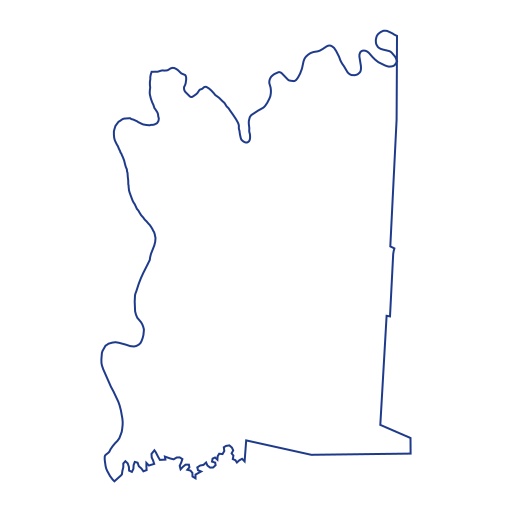 outline of Iguazú, Misiones, Argentina
{"feature_id": "61730980B21961764082426", "entity_name": "Iguazú", "entity_type": "district", "adm_level": 2, "iso_a3": "ARG", "parent_name": "Argentina", "parent_adm1": "Misiones", "projection": "natural_earth1", "projection_center": [-54.463, -25.856], "detail": "fine", "context": "isolated", "style": "outline", "palette": "blue", "viewbox_px": 512, "rotation_deg": 0, "n_neighbors": 0, "source": "geoboundaries", "source_scale": "gbopen_adm2", "svg_char_len": 5932}
<svg xmlns="http://www.w3.org/2000/svg" viewBox="0 0 512 512"><path d="M410.6,453.6L410.5,438.0L380.3,424.9L386.6,315.8L390.0,316.4L393.2,253.9L393.7,251.0L394.4,248.4L390.3,246.4L396.6,119.6L396.9,62.0L397.1,61.5L396.9,59.9L397.0,35.9L394.4,34.7L392.6,33.5L391.0,32.7L387.3,31.0L386.3,30.8L384.3,30.7L383.3,30.8L381.8,31.5L380.6,32.1L379.3,33.1L378.2,34.0L377.7,34.6L376.8,36.0L376.4,37.2L375.9,39.4L375.8,40.8L376.0,43.1L376.4,44.5L377.9,47.0L378.6,47.6L379.8,48.4L380.8,48.9L383.1,49.6L388.9,51.0L390.0,51.4L391.3,52.3L391.9,52.9L394.6,56.1L395.6,57.5L396.2,59.0L396.5,60.0L396.6,60.6L396.6,61.5L396.4,62.4L395.9,63.5L394.3,65.4L393.2,66.0L391.8,66.4L389.5,66.6L388.6,66.6L386.8,66.1L384.9,65.4L378.6,62.3L377.6,61.6L375.0,59.5L372.4,56.9L369.1,53.1L368.2,52.3L366.6,51.2L365.1,50.7L364.1,50.6L363.0,50.6L361.8,51.0L360.9,51.6L360.2,52.4L359.5,54.3L359.4,55.7L359.4,56.6L360.9,66.0L361.0,68.1L360.9,69.2L360.7,70.6L360.3,71.7L359.7,72.5L358.2,73.9L357.2,74.5L355.7,75.0L354.4,75.2L352.4,75.1L351.3,75.0L350.5,74.6L349.7,74.2L348.4,73.2L347.3,71.9L344.0,66.3L342.3,63.9L341.3,62.2L340.4,60.4L339.0,56.6L336.2,51.1L334.0,47.8L331.8,46.2L331.5,46.0L329.9,45.5L329.3,45.5L327.9,45.8L326.6,46.4L322.7,49.0L319.9,50.6L317.9,51.3L313.6,52.0L311.2,52.8L310.0,53.4L308.1,54.7L306.0,56.6L305.1,57.8L304.6,58.6L304.2,59.5L303.5,61.5L302.0,68.5L300.1,73.6L298.0,77.5L296.9,79.0L296.1,80.0L294.9,80.8L294.5,81.0L293.6,81.1L290.4,80.7L288.8,80.3L288.0,79.7L284.9,76.5L281.9,73.4L281.0,72.7L279.8,72.2L279.0,72.1L278.0,72.4L274.5,74.0L273.3,74.8L271.8,76.1L271.1,76.8L270.4,78.0L269.8,79.3L269.5,80.3L269.3,81.7L269.3,83.1L270.6,87.6L270.9,90.2L270.9,92.2L270.7,94.2L270.3,96.3L269.4,98.6L267.2,102.9L265.2,105.8L264.1,107.0L263.1,107.8L258.1,110.6L251.4,115.0L250.6,115.9L249.8,117.2L249.6,117.8L249.1,119.9L248.8,121.3L248.8,123.8L249.3,128.0L249.2,131.0L249.4,132.4L249.9,134.1L250.0,135.0L250.1,137.4L249.9,139.1L249.7,139.9L249.0,141.3L247.8,142.2L247.0,142.5L246.1,142.5L245.3,142.4L244.3,142.0L242.9,141.1L241.7,140.0L241.3,139.5L240.8,138.2L240.0,134.7L239.7,132.8L239.5,130.9L239.3,130.3L238.9,128.7L238.8,127.7L238.9,126.0L238.6,124.4L238.0,122.8L236.0,119.2L233.0,114.7L229.8,110.2L229.0,108.9L228.3,108.0L226.6,106.4L224.6,103.1L224.1,102.6L222.4,101.1L219.1,97.8L215.2,95.0L213.8,93.2L211.3,90.5L209.0,88.5L206.7,87.1L206.0,86.8L204.8,86.9L204.2,87.1L202.2,88.8L201.6,89.1L200.2,89.5L199.6,89.9L199.1,90.5L198.1,92.0L197.2,93.3L195.8,94.5L193.2,96.3L192.2,96.9L191.7,97.0L190.6,96.9L189.8,96.4L185.2,91.8L184.4,90.4L184.1,89.2L184.0,88.2L184.1,87.0L185.2,84.8L185.4,84.1L185.7,83.1L186.2,79.3L186.1,77.2L185.6,75.6L185.1,75.0L184.6,74.8L181.3,73.4L177.9,70.1L176.1,68.9L174.2,68.0L172.9,67.9L172.3,67.9L170.6,68.4L167.9,70.1L166.9,70.4L164.4,70.6L162.7,70.4L160.9,70.7L157.8,71.7L151.6,71.8L150.7,74.8L150.3,76.9L150.3,79.2L149.9,81.9L149.9,85.1L150.2,87.7L149.9,89.7L149.7,93.0L150.0,95.2L150.4,96.6L150.7,98.1L151.8,101.3L152.3,102.6L153.4,104.9L154.4,108.0L155.5,109.5L157.3,112.3L157.7,113.3L158.0,114.2L158.3,116.7L158.6,117.5L158.8,118.7L158.6,120.1L158.3,121.2L157.2,123.0L156.1,123.7L154.4,124.5L152.7,124.9L151.0,124.9L149.6,125.3L146.5,125.0L143.4,124.5L142.3,124.1L138.2,122.1L136.9,121.2L133.1,119.5L131.4,119.1L130.0,118.2L124.2,118.6L123.1,118.9L121.8,119.6L120.5,120.6L118.5,121.8L115.5,125.8L114.6,128.6L113.9,131.3L113.9,134.8L114.2,137.9L114.8,140.2L115.5,141.8L116.9,144.6L118.0,146.4L118.7,148.3L120.2,151.4L120.5,152.5L121.4,153.8L122.0,155.4L122.7,156.8L124.1,160.4L125.3,165.2L125.9,167.2L126.8,169.2L127.1,171.7L127.5,172.8L127.8,176.9L128.2,180.3L128.3,184.4L128.6,185.5L128.6,186.7L129.0,190.3L129.6,192.5L131.8,198.5L132.6,200.6L133.6,202.5L134.8,204.3L136.9,208.9L138.0,210.1L138.7,211.1L139.4,212.4L141.2,215.3L143.3,217.6L144.4,219.2L145.5,220.4L146.5,221.3L148.6,223.8L149.7,224.9L151.3,227.2L151.8,228.1L152.5,229.2L152.9,230.2L154.2,232.4L154.5,233.6L154.8,234.4L155.0,235.9L155.4,237.3L155.5,238.1L155.2,241.8L154.3,245.4L151.0,253.8L150.1,257.4L149.8,259.9L147.7,264.2L143.3,272.9L140.9,278.2L138.8,283.6L136.1,291.9L135.5,293.3L135.0,295.4L134.7,301.6L135.1,311.3L136.0,314.7L137.3,317.8L139.2,320.0L141.1,322.3L142.3,324.4L143.2,326.7L143.9,329.4L143.8,331.3L143.4,335.1L142.6,338.2L141.5,341.1L140.5,343.0L139.1,344.4L137.8,345.2L136.2,346.0L134.0,346.5L130.2,346.1L125.7,344.6L121.2,343.4L119.0,342.8L115.5,342.2L112.4,342.6L110.3,343.2L108.5,343.7L107.1,344.7L105.5,345.7L102.6,350.8L102.2,351.9L101.9,353.0L101.4,359.2L101.4,361.0L101.5,363.4L102.0,365.7L103.2,369.2L111.0,386.9L113.4,391.3L118.3,401.7L119.6,405.4L120.9,410.4L122.4,418.7L122.7,422.3L122.6,425.1L122.2,428.9L121.7,431.9L120.8,434.4L119.3,438.3L117.4,440.9L115.2,443.1L112.7,446.1L110.5,449.3L109.8,450.8L109.1,452.0L108.4,452.7L105.6,454.9L105.0,455.7L104.7,456.8L104.7,458.9L104.8,460.6L105.6,466.2L106.2,468.5L107.1,470.7L110.0,476.0L112.7,479.6L114.4,481.3L120.8,475.6L121.9,474.4L122.4,470.8L123.3,467.2L123.3,463.5L125.4,461.2L127.7,463.4L128.9,466.9L129.1,470.6L131.9,471.9L133.4,468.8L133.6,465.1L134.8,461.9L137.6,462.7L138.8,466.2L141.4,468.5L143.4,471.3L146.6,470.1L146.4,466.4L146.4,462.9L148.9,465.5L154.2,463.9L153.1,460.5L151.7,457.5L151.5,453.9L154.4,450.3L155.8,452.3L158.1,456.8L159.9,459.9L165.4,459.6L164.9,456.6L170.3,458.5L173.7,459.3L176.7,457.5L179.7,457.4L182.4,459.1L181.2,462.6L179.7,465.8L180.6,469.3L182.8,466.9L185.5,464.7L188.9,464.7L189.4,467.3L187.3,469.8L190.5,470.6L192.4,472.9L192.5,476.5L195.5,478.3L195.5,474.6L201.1,471.5L198.0,470.2L197.3,467.4L200.2,465.5L203.5,464.9L206.1,462.5L207.4,465.5L210.1,467.6L213.1,467.5L215.6,465.2L215.2,462.6L212.0,461.6L212.6,458.6L215.0,457.5L217.4,459.7L217.6,456.4L219.2,453.7L222.5,454.1L224.3,451.0L223.8,447.3L226.1,445.9L229.4,445.4L231.9,447.6L233.2,450.4L231.6,453.4L233.4,455.6L232.8,459.1L235.4,460.2L236.9,462.5L239.3,460.3L242.1,458.8L244.6,461.4L246.2,440.4L311.3,454.8L410.6,453.6Z" fill="none" stroke="#1e3a8a" stroke-width="2"/></svg>